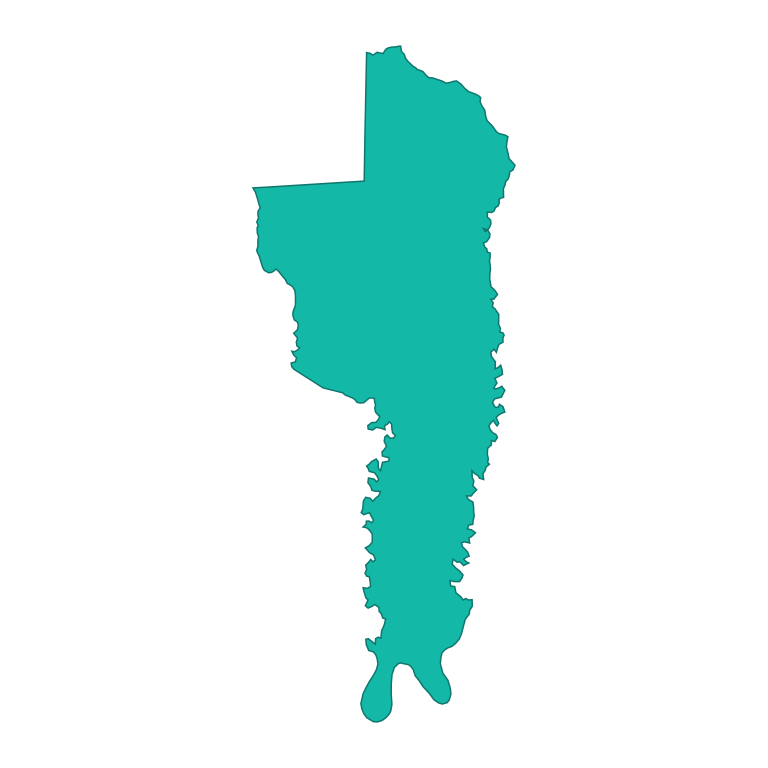 Céu Azul, Paraná, Brazil (Equal Earth projection)
{"feature_id": "56859067B11334250771676", "entity_name": "Céu Azul", "entity_type": "district", "adm_level": 2, "iso_a3": "BRA", "parent_name": "Brazil", "parent_adm1": "Paraná", "projection": "equal_earth", "projection_center": [-53.75, -25.288], "detail": "fine", "context": "isolated", "style": "filled", "palette": "teal", "viewbox_px": 768, "rotation_deg": 0, "n_neighbors": 0, "source": "geoboundaries", "source_scale": "gbopen_adm2", "svg_char_len": 5796}
<svg xmlns="http://www.w3.org/2000/svg" viewBox="0 0 768 768"><path d="M469.4,613.8L469.6,610.4L472.3,606.2L472.1,599.7L468.6,600.0L465.6,598.5L463.3,600.0L461.0,597.0L455.9,592.7L454.8,586.7L450.6,585.9L450.0,580.5L454.2,581.6L459.6,581.6L462.0,577.9L463.0,575.0L459.6,571.0L456.0,568.2L452.2,564.2L453.0,559.2L457.1,562.2L459.9,561.8L463.6,565.5L468.8,563.0L466.3,561.8L463.6,559.2L466.6,557.1L469.2,556.2L467.7,552.2L464.5,548.6L462.5,546.8L461.4,542.8L464.2,541.8L469.7,543.0L468.8,537.9L471.3,536.8L475.5,532.8L471.5,529.8L467.4,528.9L468.6,525.2L472.8,524.3L473.1,520.7L474.2,515.9L473.7,512.1L473.6,507.1L472.9,502.0L468.3,499.4L466.5,495.9L471.2,496.0L473.2,493.3L476.6,489.8L472.8,485.5L473.9,481.3L472.2,477.4L472.0,470.7L474.4,473.4L478.0,475.6L479.5,478.2L483.7,479.5L482.9,473.8L485.0,470.7L486.2,466.9L489.4,464.3L487.6,462.3L488.3,459.0L487.3,454.0L487.7,448.2L491.4,444.9L491.4,440.5L494.8,441.6L497.5,437.4L496.1,434.7L492.7,432.7L490.3,429.8L488.9,426.4L490.3,423.6L493.4,420.3L495.1,423.4L497.1,425.9L498.7,423.4L496.1,417.4L499.2,414.6L501.5,413.3L504.8,412.1L503.0,406.7L499.5,404.3L498.4,407.0L495.5,407.5L493.8,405.0L492.6,402.2L494.6,398.9L501.5,397.1L504.8,390.3L501.7,386.2L499.6,387.7L496.0,388.8L493.8,388.6L495.1,385.7L496.9,383.1L494.9,378.3L498.5,376.6L502.5,374.3L502.1,370.0L500.7,365.2L497.9,367.7L495.1,368.8L495.4,361.8L491.5,356.7L490.8,352.2L494.0,349.2L496.4,352.3L497.5,348.1L498.9,344.4L503.0,342.2L502.9,337.9L504.1,335.1L502.7,332.7L499.6,332.1L500.5,328.6L498.6,324.3L498.7,318.5L498.8,314.5L496.5,311.2L494.9,308.7L492.3,306.8L493.2,302.9L490.8,299.2L493.8,299.2L497.5,294.4L495.3,290.9L493.2,288.7L491.0,286.8L490.4,283.0L489.7,278.8L489.9,273.1L490.5,269.2L490.1,264.5L489.5,261.2L490.1,257.3L490.2,253.1L487.3,252.0L486.8,248.9L484.8,247.1L483.4,242.9L486.7,241.6L489.6,237.4L489.9,233.8L487.5,229.9L489.5,227.4L490.9,224.0L490.6,220.1L487.3,217.1L487.5,212.0L491.6,212.5L494.1,211.0L495.5,207.5L498.2,205.9L499.3,202.7L499.0,199.4L501.2,198.0L503.6,197.4L503.5,193.8L503.4,188.6L504.9,185.4L505.6,181.6L507.9,179.3L509.3,175.8L509.7,171.9L512.9,170.0L515.0,165.3L511.2,161.0L509.0,158.5L508.2,154.1L506.4,146.9L506.8,142.9L507.9,136.7L505.3,135.2L498.3,133.3L496.2,131.4L492.0,125.6L487.2,120.8L485.8,116.8L485.3,113.6L484.7,110.1L481.9,105.8L480.1,101.8L480.6,97.5L478.6,95.8L475.1,94.0L468.6,91.6L464.3,88.0L461.1,84.2L456.4,80.9L452.9,81.5L449.8,82.5L446.3,83.2L441.9,81.0L438.0,79.7L432.2,77.8L428.9,77.7L426.2,75.4L423.0,71.7L420.3,70.4L417.4,69.6L415.6,67.7L412.9,66.2L410.5,63.8L407.9,61.4L405.3,57.9L404.4,54.6L401.5,51.5L400.6,46.1L398.2,46.3L395.3,47.0L392.3,47.0L388.5,47.8L385.8,49.3L383.1,53.5L380.4,53.1L377.1,52.3L372.9,55.2L370.3,53.4L366.6,52.6L364.9,137.4L364.2,181.1L327.0,183.4L267.7,187.1L253.0,187.9L255.3,191.9L256.6,195.7L257.7,199.5L259.1,204.5L260.1,207.9L258.0,211.4L257.9,214.7L258.5,217.8L256.8,222.0L258.2,225.3L257.1,227.9L257.3,233.1L258.5,236.3L257.9,240.6L257.9,246.5L256.7,250.4L257.7,253.2L259.1,255.8L260.6,260.9L262.8,267.7L264.3,270.3L268.6,272.7L271.1,272.5L273.4,271.4L275.7,269.0L278.7,271.3L280.8,274.2L285.4,279.6L287.2,283.4L290.0,284.8L292.8,286.9L294.8,290.5L295.5,295.7L295.5,301.3L295.4,305.2L294.3,308.4L293.0,312.0L292.9,315.5L294.3,319.9L297.6,322.2L298.3,325.6L297.4,329.8L293.7,333.3L297.6,338.1L296.3,342.1L297.0,346.1L299.6,347.7L297.8,349.7L294.7,351.7L291.8,351.2L293.8,355.1L296.6,357.8L295.2,362.0L291.2,363.0L291.7,366.6L293.7,369.1L323.1,387.9L342.7,392.8L345.0,394.9L352.4,397.9L354.8,399.5L357.1,402.4L360.4,403.0L363.8,402.7L366.7,400.2L368.7,398.5L371.3,397.8L374.4,398.5L374.7,402.2L375.6,405.0L374.7,408.1L375.6,412.1L377.8,414.8L379.7,416.3L378.6,419.1L376.1,422.3L371.7,422.6L367.8,425.6L368.2,429.1L372.7,430.0L376.2,427.4L380.7,428.1L385.0,429.7L384.5,425.8L387.5,424.1L389.1,421.8L391.6,424.1L391.9,428.9L392.6,433.0L395.3,435.3L393.6,438.1L390.0,438.1L387.2,435.0L384.9,436.9L384.2,441.4L386.5,446.1L384.2,449.7L382.0,451.8L382.4,456.0L389.0,457.8L389.0,461.0L386.0,461.7L382.5,462.3L381.4,466.9L380.5,470.7L378.4,468.3L378.3,461.9L376.2,459.0L371.5,461.6L369.3,464.1L366.6,466.1L368.3,468.6L369.3,471.4L372.0,472.1L374.4,472.6L376.7,475.5L378.7,479.5L376.7,481.9L374.1,479.1L368.5,478.0L367.9,482.6L370.8,486.6L371.9,490.3L375.2,491.2L380.5,491.5L378.7,495.8L375.9,497.8L372.8,501.3L370.2,498.3L365.8,497.3L363.4,500.9L362.8,508.8L361.2,512.7L363.8,514.7L366.4,513.7L369.4,512.7L371.5,516.7L373.6,520.3L371.9,522.7L368.7,521.0L366.3,521.2L366.2,524.3L363.1,527.0L365.3,527.4L367.6,528.3L369.6,530.5L372.2,533.8L372.3,537.6L372.2,542.4L368.9,545.9L365.3,547.9L369.5,552.6L373.5,554.9L375.5,559.8L372.9,561.8L370.8,559.5L368.0,563.0L365.7,565.1L366.6,569.5L365.0,573.3L366.9,576.3L369.3,576.6L370.2,582.3L370.6,586.5L367.3,588.4L363.1,587.7L364.0,591.7L364.9,594.7L365.9,597.8L368.0,600.0L365.4,605.8L368.1,608.1L372.2,606.3L374.7,604.5L378.8,607.3L379.2,611.5L381.3,613.7L382.8,618.1L385.6,618.9L384.4,624.5L381.6,630.9L380.9,638.0L378.1,637.2L375.6,638.7L375.3,644.1L371.3,641.0L368.4,638.7L365.8,639.3L366.3,644.6L368.7,650.5L373.5,651.9L376.0,655.2L377.3,659.4L377.9,663.9L376.6,669.3L373.2,675.7L369.7,681.0L365.8,688.1L363.1,693.8L360.9,703.6L361.8,708.7L364.0,714.0L366.9,717.8L373.4,721.7L377.6,721.9L382.2,720.4L386.0,717.6L389.4,713.8L390.8,710.8L391.9,704.3L391.2,693.6L391.3,683.5L392.0,674.7L394.2,667.7L397.7,664.2L399.9,662.9L408.7,664.7L410.8,666.4L413.2,669.5L415.3,675.9L418.9,680.3L423.0,686.6L429.1,693.2L434.1,699.9L438.6,702.9L442.3,704.0L447.1,702.7L449.1,700.3L450.9,694.2L450.3,688.3L448.0,680.4L442.8,673.0L440.3,663.7L440.9,657.6L442.0,652.8L444.8,649.8L448.1,647.8L452.0,646.3L455.7,643.3L459.2,639.1L461.4,634.0L465.2,619.4L469.4,613.8ZM487.5,229.9L485.3,231.4L483.4,228.6L487.5,229.9Z" fill="#14b8a6" stroke="#0f766e" stroke-width="1.5"/></svg>